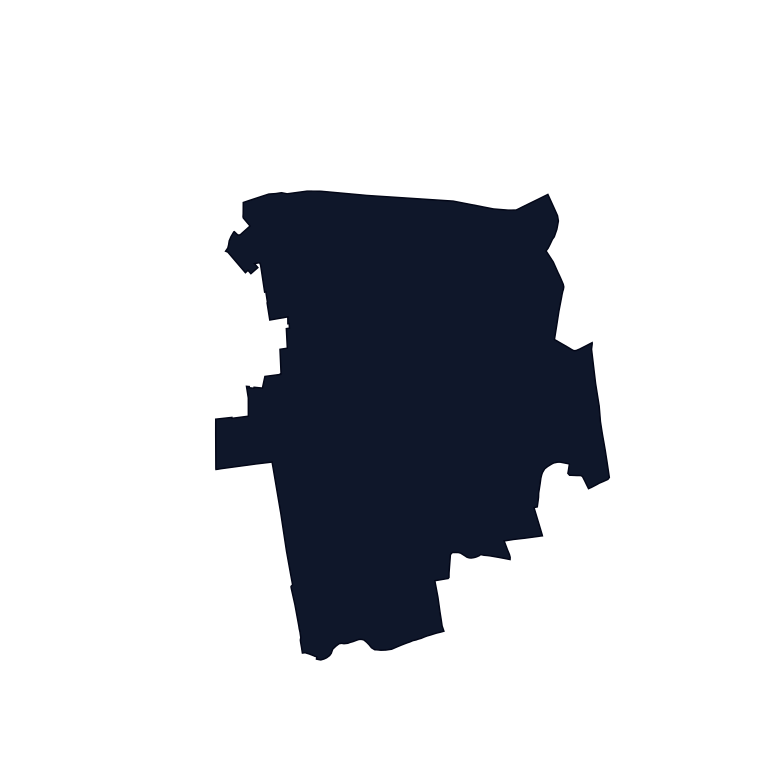 1 Decembrie, Giurgiu, Romania, rotated 134°
{"feature_id": "2599482B3986064328518", "entity_name": "1 Decembrie", "entity_type": "district", "adm_level": 2, "iso_a3": "ROU", "parent_name": "Romania", "parent_adm1": "Giurgiu", "projection": "natural_earth1", "projection_center": [26.066, 44.294], "detail": "fine", "context": "isolated", "style": "filled", "palette": "ink", "viewbox_px": 768, "rotation_deg": 134, "n_neighbors": 0, "source": "geoboundaries", "source_scale": "gbopen_adm2", "svg_char_len": 4383}
<svg xmlns="http://www.w3.org/2000/svg" viewBox="0 0 768 768"><g transform="rotate(134 384 384)"><path d="M562.2,445.5L561.1,444.6L558.1,442.4L540.0,428.1L537.0,425.7L530.5,420.6L517.9,410.3L521.9,404.8L547.4,370.2L548.1,369.2L565.4,346.6L572.2,337.7L573.2,336.3L586.2,318.3L591.7,310.6L592.4,310.2L593.9,310.3L594.5,310.0L594.7,309.7L595.0,309.3L595.5,308.6L604.6,294.8L617.2,277.2L618.9,275.0L620.8,272.1L622.9,269.4L624.1,267.8L626.3,266.3L627.5,264.8L629.2,262.5L631.0,260.0L632.1,258.6L633.2,257.1L633.4,256.9L634.2,255.8L632.1,254.1L630.1,250.2L628.4,246.1L627.9,244.7L627.7,244.2L627.5,243.9L627.3,243.4L627.0,242.8L627.3,242.5L627.5,242.3L627.7,242.1L628.1,241.9L628.6,241.7L628.8,241.5L627.6,239.6L626.4,237.8L623.4,236.1L620.8,235.1L617.1,234.5L614.3,234.9L613.5,235.3L610.8,236.5L610.2,236.7L605.9,236.5L602.0,235.9L600.0,234.4L598.6,232.4L595.6,229.9L593.6,229.0L590.9,227.4L586.9,225.5L585.2,224.6L583.9,223.4L583.0,222.3L582.1,220.7L581.8,217.0L581.9,213.6L582.4,209.8L581.6,206.1L580.0,204.3L577.8,201.5L576.3,200.0L574.0,197.8L571.8,196.1L569.5,194.3L564.2,192.1L559.8,190.2L554.4,187.7L551.5,186.2L548.6,185.0L545.7,183.1L544.0,182.3L541.1,180.6L537.8,179.2L535.3,178.0L532.4,176.3L529.8,174.9L526.7,173.2L523.1,170.9L520.2,169.2L517.7,174.1L513.4,179.7L509.1,185.4L505.8,189.6L500.0,197.0L499.0,198.4L490.2,210.8L480.4,203.6L479.4,202.8L478.0,202.9L474.7,206.0L460.6,217.7L458.6,217.8L457.3,217.6L457.0,217.0L456.2,216.2L455.2,215.2L454.5,214.4L454.0,213.9L453.4,213.2L453.2,212.8L453.0,212.4L452.4,211.4L452.2,210.4L451.4,206.5L451.2,205.6L451.1,204.7L451.0,204.3L451.0,204.2L450.7,203.5L449.9,202.0L449.6,201.6L448.5,200.3L448.3,200.2L447.2,199.3L446.2,198.6L445.6,198.2L444.5,197.6L443.9,197.3L442.2,196.6L441.7,196.4L441.1,196.2L440.7,196.2L440.4,196.1L439.6,196.1L437.7,193.1L435.5,190.4L434.0,188.4L429.1,181.2L426.2,176.8L422.7,171.4L421.0,172.9L419.5,175.4L417.6,179.8L414.8,185.7L413.4,188.7L412.3,187.7L405.9,182.9L400.2,178.2L397.2,175.7L389.0,169.2L386.1,166.9L384.6,165.8L383.2,164.6L382.5,165.7L379.9,170.3L374.4,180.1L368.9,189.9L368.7,190.2L368.2,189.9L366.8,189.0L365.9,188.4L364.3,189.6L362.8,190.7L361.0,192.0L358.2,194.1L355.0,197.0L350.6,200.1L347.2,202.5L345.7,203.6L342.7,205.8L339.8,207.5L337.7,208.5L335.6,209.0L333.4,209.5L329.7,209.0L325.0,207.8L322.7,207.0L322.5,206.8L319.7,204.9L317.8,203.0L316.3,200.7L313.4,196.2L312.9,195.4L313.2,194.7L314.4,193.9L317.8,191.5L319.7,190.2L320.5,189.7L320.6,188.4L320.7,187.1L320.1,186.5L318.5,184.7L317.0,183.0L315.4,181.2L314.3,180.1L313.3,178.9L312.9,178.5L312.7,176.7L312.9,176.2L314.3,172.1L315.6,168.6L316.9,164.9L317.2,164.2L314.3,163.0L310.4,161.7L308.6,161.1L307.0,160.6L306.7,160.6L306.1,160.4L301.9,158.6L297.1,156.7L294.7,157.0L285.0,169.6L279.7,176.6L278.1,178.7L273.5,185.0L269.3,190.8L266.7,194.3L266.4,194.7L260.7,202.2L250.4,213.9L236.7,232.1L233.6,235.9L214.8,258.9L210.4,262.2L209.7,263.0L222.9,267.5L226.4,269.0L227.8,270.2L228.4,271.2L229.0,273.5L229.4,275.4L233.6,292.3L223.0,299.7L222.7,299.9L210.4,308.6L209.8,309.0L198.0,316.7L196.1,318.0L193.0,319.9L191.5,320.6L189.3,322.1L187.8,324.3L185.1,330.7L183.4,335.1L183.3,335.5L178.7,346.9L178.6,347.3L175.8,359.5L175.9,359.8L174.8,360.0L172.4,360.3L171.7,360.5L168.1,361.6L163.7,363.1L162.7,363.4L161.2,363.6L159.8,363.8L152.7,367.1L151.3,368.0L145.6,371.8L142.4,376.1L139.9,382.3L134.9,395.0L133.8,397.8L143.9,401.4L160.4,407.4L164.2,408.7L167.1,409.8L172.4,415.1L182.0,426.8L204.4,461.3L215.4,474.3L260.7,527.8L262.5,530.1L289.2,563.3L298.7,573.3L314.5,585.8L317.6,590.6L322.2,594.1L327.4,598.8L333.6,602.1L335.5,603.1L344.8,608.0L351.2,611.3L357.7,605.1L359.5,603.4L361.5,601.7L362.3,600.6L363.4,590.1L376.8,591.1L378.4,592.7L378.4,597.5L378.9,597.7L384.3,596.4L388.5,594.8L391.9,592.4L394.7,590.8L398.5,590.2L397.6,588.0L400.2,561.0L396.7,560.8L397.1,556.4L387.9,555.6L387.4,560.8L384.0,558.4L383.4,557.7L383.3,557.1L384.3,555.3L386.2,552.7L393.5,543.2L400.8,533.7L399.7,533.1L406.5,524.2L406.9,524.4L417.3,510.6L402.5,499.8L407.4,495.0L406.4,494.2L409.5,490.8L412.0,492.7L425.4,478.4L431.3,482.9L448.1,465.2L448.6,465.6L449.0,465.1L461.3,474.9L471.4,468.6L476.6,475.2L477.5,474.7L480.5,478.6L479.5,479.2L481.2,481.3L488.3,471.9L501.4,459.2L514.3,469.5L513.7,470.2L526.2,480.6L527.1,479.7L528.9,478.0L537.2,470.0L556.9,450.8L560.8,447.0L561.8,446.0L562.2,445.5Z" fill="#0f172a" stroke="#020617" stroke-width="1.5"/></g></svg>